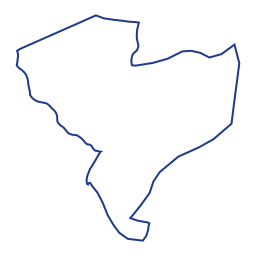 the district of Hill 20/Babonneau, Castries, Saint Lucia
{"feature_id": "8701671B84261355290509", "entity_name": "Hill 20/Babonneau", "entity_type": "district", "adm_level": 2, "iso_a3": "LCA", "parent_name": "Saint Lucia", "parent_adm1": "Castries", "projection": "natural_earth1", "projection_center": [-60.951, 13.999], "detail": "fine", "context": "isolated", "style": "outline", "palette": "blue", "viewbox_px": 256, "rotation_deg": 0, "n_neighbors": 0, "source": "geoboundaries", "source_scale": "gbopen_adm2", "svg_char_len": 1822}
<svg xmlns="http://www.w3.org/2000/svg" viewBox="0 0 256 256"><path d="M30.2,95.2L31.2,96.6L32.7,98.4L34.8,100.0L36.6,101.1L38.6,101.7L41.0,102.2L44.1,102.8L46.3,103.3L48.2,104.5L49.9,106.1L51.8,108.2L54.3,110.5L56.1,113.0L56.8,115.0L57.3,117.8L57.2,119.8L57.4,121.4L58.5,123.3L60.2,125.1L63.6,127.6L65.7,130.0L66.8,131.6L68.8,133.4L70.9,134.3L72.6,134.8L74.0,134.9L76.3,135.1L77.7,135.7L80.2,137.4L81.3,138.3L83.2,140.1L84.6,141.9L86.0,143.5L87.7,144.4L88.5,144.5L89.5,144.5L91.6,145.9L92.7,148.0L93.6,149.2L95.1,150.6L96.9,150.9L97.5,151.0L98.4,151.2L99.3,151.5L99.9,151.6L100.6,151.7L100.3,151.9L92.2,165.7L89.9,169.1L89.0,171.6L87.9,174.3L87.1,176.8L86.6,179.9L86.7,181.7L87.1,183.8L88.0,184.5L88.6,183.2L90.1,182.8L92.2,186.0L97.6,192.9L102.7,202.7L107.7,215.2L113.5,225.0L119.3,232.8L127.7,238.8L142.5,240.6L142.9,240.6L146.4,235.6L148.1,230.0L148.6,225.9L149.4,223.4L147.8,222.5L145.2,222.0L141.7,221.4L138.2,220.8L134.9,219.7L131.5,218.5L130.3,218.0L133.5,214.3L141.4,204.4L149.6,193.0L153.4,181.6L159.6,172.2L178.3,156.6L198.6,147.5L213.5,139.2L231.5,123.7L234.6,99.0L236.3,86.3L239.3,63.3L234.6,45.0L234.5,44.6L221.5,54.1L209.4,57.5L200.2,52.8L191.0,50.8L182.4,51.4L167.4,58.8L153.0,62.9L135.8,65.6L132.0,65.3L131.7,64.4L131.3,60.7L131.6,59.0L131.7,58.1L132.1,55.9L133.4,53.5L134.5,52.6L136.9,50.3L137.1,50.1L137.5,48.9L138.4,46.8L138.2,44.5L137.8,42.9L137.4,41.2L136.8,38.0L136.8,35.6L136.8,34.7L137.0,30.7L137.7,27.4L137.9,26.6L138.7,23.4L138.9,22.6L135.5,22.1L128.3,21.6L120.9,20.6L112.9,19.7L103.8,18.3L99.2,16.6L95.9,15.4L20.1,48.9L17.1,50.8L17.9,53.4L18.1,56.0L17.6,59.5L17.5,60.5L17.1,63.7L16.7,65.5L18.5,67.6L19.1,68.2L21.8,70.0L24.3,72.4L26.3,75.1L27.2,77.8L27.9,79.9L28.1,82.1L28.4,84.9L29.0,87.9L29.7,91.2L30.0,93.0L30.1,94.1L29.9,94.8L30.2,95.2Z" fill="none" stroke="#1e3a8a" stroke-width="2"/></svg>